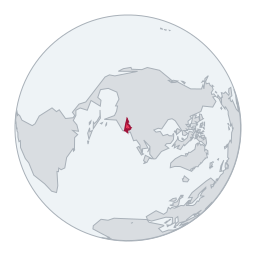 globe centered on Virginia, rotated 100°
{"feature_id": "USA-3552", "entity_name": "Virginia", "entity_type": "State", "adm_level": 1, "iso_a3": "USA", "parent_name": "United States of America", "parent_adm1": "", "projection": "orthographic", "projection_center": [-77.892, 37.995], "detail": "fine", "context": "on_globe", "style": "filled", "palette": "rose", "viewbox_px": 256, "rotation_deg": 100, "n_neighbors": 0, "source": "natural_earth", "source_scale": "10m", "svg_char_len": 11601}
<svg xmlns="http://www.w3.org/2000/svg" viewBox="0 0 256 256"><g transform="rotate(100 128 128)"><circle cx="128" cy="128" r="113" fill="#eef3f6" stroke="#a8b0b8"/><path d="M131.5,240.6L131.0,240.4L133.1,240.1L131.0,240.1L135.5,238.8L133.1,239.2L134.7,236.7L138.7,233.8L142.3,222.7L140.0,220.3L131.6,217.5L121.4,206.3L124.3,201.3L122.0,198.9L129.5,191.2L127.4,183.8L124.8,182.7L122.2,185.5L113.0,180.4L109.7,174.1L81.8,159.5L78.9,155.5L79.0,150.0L70.5,128.4L73.8,147.4L70.4,142.9L67.8,135.6L69.5,134.7L68.1,124.5L65.1,119.5L65.7,107.0L73.3,93.5L74.1,96.5L75.8,93.2L74.9,89.3L73.9,87.6L78.6,73.0L76.8,62.4L72.5,61.7L76.3,60.0L65.9,60.8L62.5,58.0L68.5,59.6L70.9,58.7L69.7,55.9L71.9,54.4L72.6,52.3L75.3,50.8L78.6,52.2L80.4,51.3L79.5,49.4L81.6,47.0L82.7,49.9L86.5,46.0L92.7,48.2L93.4,58.2L99.1,59.1L105.7,68.9L107.3,67.1L110.9,70.1L114.1,69.2L114.4,71.5L116.7,68.9L115.8,66.9L116.5,65.2L118.3,64.6L119.0,67.3L118.2,68.0L119.4,68.6L118.9,70.2L120.2,69.1L120.8,72.7L122.9,68.3L125.6,70.5L125.3,73.1L121.9,73.9L112.6,82.8L111.2,86.2L112.8,90.0L123.1,94.7L123.0,98.2L125.5,102.2L127.2,99.7L125.8,95.7L129.5,92.2L127.4,88.0L128.5,86.1L127.8,81.6L131.7,81.3L135.9,83.5L136.7,87.3L138.6,88.5L140.8,84.3L145.3,91.0L153.4,95.3L154.1,97.3L150.1,102.0L142.4,103.2L137.1,110.4L144.3,104.9L146.1,110.5L148.0,111.2L150.1,110.6L150.9,108.2L152.3,110.1L145.7,115.9L144.3,114.3L146.5,112.4L142.8,113.1L138.4,117.6L139.6,120.3L131.6,125.0L132.4,127.1L131.1,129.5L130.4,125.7L131.5,132.8L122.2,140.8L123.6,152.9L118.1,143.5L113.6,142.2L108.2,142.1L108.4,144.1L101.1,141.9L94.6,145.2L92.4,154.3L95.0,161.8L103.1,163.1L105.4,159.4L111.3,159.1L107.3,169.2L117.6,171.2L116.6,178.6L119.6,182.4L124.7,181.5L130.1,183.2L133.8,178.9L139.8,176.2L140.0,182.1L143.2,176.4L146.7,178.9L158.5,177.0L157.7,178.5L167.7,183.3L178.3,183.3L180.7,186.6L179.5,189.3L183.1,188.9L183.1,190.4L197.1,187.1L204.0,187.2L203.5,192.2L197.4,200.4L190.8,212.6L179.5,219.7L175.9,223.8L165.9,230.4L159.2,231.8L160.4,233.0L156.1,234.8L151.5,235.7L150.2,236.8L146.8,237.3L148.7,237.5L142.5,239.1L143.5,239.4L138.9,240.1L139.3,240.1L131.5,240.6ZM23.9,113.1L24.7,110.8L24.6,113.2L23.9,113.1ZM24.9,108.8L24.7,109.7L24.8,108.9L24.9,108.8ZM24.8,107.8L24.9,108.5L24.7,107.9L24.8,107.8ZM24.6,106.7L24.7,107.2L24.6,106.7ZM123.1,156.9L134.8,162.1L128.3,163.1L129.5,162.0L126.5,159.8L120.9,157.7L115.1,158.7L123.1,156.9ZM24.6,104.3L24.6,103.7L24.9,104.0L24.6,104.3ZM128.1,150.3L126.1,149.9L128.1,149.8L128.1,150.3ZM73.1,87.2L74.6,89.4L74.7,93.6L73.1,91.9L73.1,87.2ZM73.3,79.6L74.7,80.0L72.6,83.3L72.5,82.0L73.3,79.6ZM69.0,61.7L69.9,63.1L68.3,62.3L69.0,61.7ZM72.2,52.2L71.3,52.4L72.0,51.2L72.2,52.2ZM125.7,82.1L126.7,81.9L126.4,82.8L125.7,82.1ZM124.4,80.5L123.3,81.8L122.5,81.2L123.2,80.4L124.4,80.5ZM76.8,48.0L78.3,46.3L77.4,48.3L76.8,48.0ZM126.1,79.1L121.2,80.0L119.9,79.0L121.6,75.3L126.1,79.1ZM79.6,45.5L83.2,41.6L81.4,41.4L88.5,39.9L83.1,43.6L82.2,45.9L81.3,44.9L79.6,45.5ZM114.7,66.6L115.8,68.6L113.2,67.5L114.7,66.6ZM112.9,66.4L104.1,66.1L103.5,63.0L106.6,63.6L104.4,60.2L108.4,58.8L110.5,60.4L110.1,62.6L111.9,60.4L112.9,66.4ZM91.8,39.9L93.1,39.2L92.3,40.2L91.8,39.9ZM116.6,64.4L114.8,64.5L114.2,61.8L117.5,61.1L116.6,62.2L116.6,64.4ZM101.8,60.1L101.9,58.1L105.2,56.3L105.7,55.3L108.4,58.5L101.8,60.1ZM117.7,62.5L119.2,60.8L121.2,61.5L118.2,64.1L117.7,62.5ZM112.6,61.5L112.4,60.2L113.6,60.6L112.6,61.5ZM129.0,63.7L126.9,63.7L126.4,62.2L129.0,63.7ZM119.6,60.1L118.9,59.9L118.5,59.3L119.9,58.4L119.6,60.1ZM110.6,57.2L111.9,56.9L109.6,55.8L112.0,54.6L113.4,57.0L113.8,55.4L114.5,55.1L114.8,57.4L110.6,57.2ZM119.9,56.0L122.5,58.9L126.4,59.1L127.0,60.3L120.6,59.9L119.9,56.0ZM116.9,56.6L118.9,56.5L118.6,58.0L117.0,59.1L116.9,56.6ZM113.1,52.9L109.1,54.1L108.9,53.6L113.1,52.9ZM121.1,55.7L120.5,55.1L121.4,55.6L121.1,55.7ZM115.6,53.4L114.2,53.9L114.1,53.2L115.6,53.4ZM120.3,53.4L121.1,54.3L120.1,55.0L120.3,53.4ZM118.2,53.2L118.3,52.2L119.2,54.7L117.6,53.5L118.2,53.2ZM115.7,52.7L115.1,52.5L116.3,52.6L115.7,52.7ZM123.7,50.5L125.1,53.5L122.9,54.9L121.8,51.8L123.7,50.5ZM220.2,63.2L219.8,62.8L218.5,61.0L218.4,60.9L218.2,60.7L220.6,64.0L219.6,62.9L221.4,65.1L225.8,72.1L229.6,79.3L232.9,86.9L235.6,94.6L237.7,102.6L239.3,110.6L240.3,118.8L240.6,127.0L240.4,135.2L240.4,133.7L240.4,126.0L240.0,125.0L239.7,128.9L238.9,127.6L238.5,129.6L233.5,145.0L230.3,145.2L222.6,138.7L222.3,131.6L219.3,126.2L214.9,93.5L217.2,90.9L217.5,76.6L218.1,75.7L221.6,80.4L224.6,76.0L221.4,70.3L220.6,65.2L217.8,60.4L210.5,52.3L215.1,60.1L212.4,58.6L205.9,49.8L201.4,43.6L200.2,42.9L200.1,44.7L196.1,41.4L199.7,45.2L200.5,45.0L202.8,47.5L202.3,47.9L200.8,46.7L201.4,48.3L207.9,54.2L209.4,54.7L212.5,61.0L215.3,62.4L217.2,65.3L213.3,63.9L211.4,62.2L206.6,63.6L208.9,65.8L213.5,64.9L213.4,66.0L216.6,69.6L214.1,67.8L208.4,68.7L209.3,75.3L215.6,88.7L215.0,92.8L212.1,94.6L204.6,86.0L206.8,77.9L204.1,75.2L199.2,74.5L200.3,72.2L198.6,71.1L198.9,68.2L195.1,62.4L194.8,59.5L189.0,55.8L188.1,53.9L191.8,56.6L194.2,57.0L193.0,50.5L191.5,48.8L187.8,47.1L188.0,45.7L184.6,44.8L181.8,41.0L182.4,45.1L178.1,43.7L174.1,40.8L172.8,41.1L179.3,45.9L181.8,47.2L183.8,47.0L190.7,51.8L192.0,54.4L185.2,52.6L186.3,56.3L180.5,53.7L166.6,41.7L162.9,37.8L165.8,33.1L169.1,34.4L169.7,36.6L173.0,35.4L170.9,35.1L171.0,34.1L166.9,32.8L166.8,32.0L163.1,32.2L162.5,31.1L164.9,31.0L158.4,28.6L156.0,26.5L154.6,26.4L153.7,26.8L151.3,24.1L150.3,24.1L150.8,25.0L149.2,25.7L145.5,26.0L144.8,25.0L146.1,24.8L147.7,23.0L151.2,22.8L150.5,22.5L147.4,22.5L145.4,24.6L143.3,25.0L143.8,23.8L143.5,24.3L142.2,24.2L140.4,23.4L139.7,24.7L127.1,26.5L122.3,25.3L124.1,23.8L114.6,25.1L109.9,24.3L110.4,25.0L106.1,26.4L107.5,26.7L107.4,27.1L97.1,31.7L94.1,32.3L90.2,35.6L90.4,36.1L92.4,35.8L88.5,39.9L81.4,41.4L81.3,40.3L77.0,42.2L77.3,39.5L75.5,38.3L78.3,34.6L76.7,34.2L75.2,35.1L71.8,35.5L70.2,33.8L78.2,31.3L82.0,34.4L81.0,32.6L83.2,32.0L84.1,30.8L83.2,29.9L81.9,30.4L90.7,24.6L92.6,22.0L87.6,24.0L84.3,25.0L82.1,25.1L82.4,25.0L90.0,22.0L97.7,19.5L105.7,17.6L113.7,16.3L121.8,15.5L130.0,15.4L138.1,15.8L146.2,16.8L154.2,18.4L162.0,20.6L169.7,23.4L177.2,26.7L184.4,30.5L191.3,34.8L197.8,39.6L204.0,44.9L209.9,50.6L215.2,56.7L220.2,63.2ZM220.2,106.7L221.3,108.6L220.2,106.7ZM193.0,36.0L192.5,35.6L190.6,34.4L192.3,35.5L191.3,35.3L187.9,33.0L186.2,32.2L187.6,33.2L194.0,37.6L195.5,37.9L198.3,40.0L199.2,40.7L193.0,36.0ZM158.9,176.8L160.3,177.7L158.5,178.1L158.9,176.8ZM127.4,165.7L129.9,165.8L131.2,166.7L129.3,167.1L127.4,165.7ZM148.0,164.4L150.8,164.6L147.9,165.5L148.0,164.4ZM136.7,162.7L145.8,164.5L140.1,166.8L134.4,165.8L138.3,165.0L136.7,162.7ZM127.1,154.1L128.6,154.6L128.2,155.8L127.1,154.1ZM129.6,150.3L129.0,150.4L128.2,149.4L129.6,150.3ZM146.5,110.2L147.0,109.8L149.2,109.6L148.3,110.7L146.5,110.2ZM158.5,103.4L160.5,106.6L158.4,105.0L157.5,107.0L151.9,106.2L154.2,98.3L154.2,101.9L158.5,103.4ZM145.2,103.4L148.4,104.5L144.8,103.6L145.2,103.4ZM188.6,68.5L190.2,68.0L192.2,69.9L192.5,74.3L189.7,71.5L188.6,68.5ZM192.0,66.8L185.1,64.2L184.6,61.6L186.0,63.5L186.4,62.0L188.8,64.6L195.1,64.9L197.2,66.8L196.7,73.5L195.7,70.2L194.2,70.8L192.0,66.8ZM168.4,64.6L165.4,64.2L168.2,59.0L170.7,60.1L171.2,64.4L168.6,65.6L168.4,64.6ZM130.0,72.6L128.7,73.2L128.5,72.4L129.5,71.2L130.0,72.6ZM128.0,63.8L135.6,69.2L134.5,70.1L140.2,72.6L139.5,76.0L135.8,74.2L139.5,78.9L135.9,78.7L138.8,81.6L130.6,77.4L127.4,77.6L131.2,76.0L132.0,72.8L131.4,71.5L127.3,68.0L120.9,67.2L120.7,64.1L122.2,62.2L123.7,61.9L123.4,63.9L125.6,62.1L126.3,64.9L128.0,63.8ZM140.0,44.7L139.0,46.6L143.5,44.6L144.3,46.8L144.7,46.5L146.7,48.1L149.8,49.5L149.7,50.6L151.0,50.6L152.3,51.8L154.0,52.3L154.3,54.6L156.4,55.5L155.3,56.1L159.0,57.0L156.4,57.3L157.8,59.1L159.6,57.9L156.9,69.9L157.7,75.2L159.8,79.5L155.1,79.8L150.1,76.1L145.7,70.7L145.6,65.8L143.5,67.0L142.8,65.0L144.7,64.9L141.3,64.0L141.3,62.4L137.3,58.4L132.4,58.3L130.9,57.0L132.8,56.2L129.9,55.5L132.4,53.2L131.3,52.3L132.7,49.2L137.0,48.6L135.5,47.6L136.5,45.4L140.0,44.7ZM124.2,49.6L129.2,48.0L132.0,48.5L128.4,53.6L129.0,54.8L126.7,58.4L122.7,57.6L123.7,56.6L123.8,55.5L125.0,56.2L124.0,54.8L125.4,53.5L125.0,52.1L126.7,51.9L124.2,49.6ZM216.6,72.8L216.7,71.7L216.3,69.8L218.3,72.1L216.6,72.8ZM212.9,73.4L212.6,72.2L215.2,74.2L215.1,75.4L212.9,73.4ZM210.3,69.9L212.4,71.9L211.2,71.5L210.3,69.9ZM191.3,55.4L190.8,54.1L191.6,54.4L192.9,55.5L191.3,55.4ZM153.6,40.2L152.6,40.9L151.9,40.6L148.2,41.0L147.4,39.5L149.3,38.7L153.6,40.2ZM212.6,54.7L214.7,57.3L213.8,56.5L212.6,54.7ZM217.6,64.9L217.5,63.3L218.1,65.5L217.6,64.9ZM152.1,38.6L150.7,39.0L151.1,38.0L152.1,38.6ZM146.6,38.5L146.8,37.4L146.9,39.4L146.6,38.5ZM143.0,28.1L149.0,29.0L152.8,29.0L154.1,27.9L154.9,30.0L149.0,29.9L143.0,28.1ZM129.1,26.7L128.0,27.9L126.7,27.4L126.8,27.0L129.1,26.7ZM129.7,27.5L131.6,29.1L129.8,29.8L128.7,28.3L129.7,27.5ZM142.1,33.3L143.9,33.6L143.5,34.3L142.1,33.3ZM77.2,27.5L77.4,27.4L72.9,29.8L71.6,30.5L71.8,30.4L77.2,27.5ZM76.4,28.0L78.6,26.8L85.1,24.9L85.3,25.2L78.0,27.5L79.8,26.6L79.0,26.8L76.4,28.0ZM92.5,38.8L93.1,39.2L91.8,39.4L92.5,38.8ZM108.3,27.3L107.9,28.0L106.4,28.0L108.3,27.3ZM106.1,30.0L108.0,29.4L106.2,30.4L106.1,30.0ZM112.2,28.2L108.9,29.4L111.6,27.7L112.2,28.2Z" fill="#d9dde1" stroke="#a8b0b8" stroke-width="1"/><path d="M131.0,130.8L130.9,130.7L130.9,130.8L124.5,130.8L123.6,130.8L122.7,130.7L122.1,130.6L121.7,130.6L118.9,130.5L119.0,130.4L119.3,130.3L119.6,130.2L119.8,130.2L120.0,130.0L120.2,129.9L120.4,129.7L120.5,129.6L121.0,129.2L121.7,128.8L121.7,129.0L121.8,129.2L121.9,129.3L122.0,129.3L122.3,129.4L122.5,129.3L122.6,129.2L122.7,129.3L122.8,129.3L123.1,129.3L123.3,129.2L123.5,129.1L123.9,129.0L124.0,129.0L124.3,128.9L124.2,128.8L124.4,128.7L124.4,128.3L124.7,128.0L124.8,127.8L124.9,127.6L125.1,127.4L125.2,127.2L125.3,126.9L125.5,126.9L125.5,127.0L125.9,127.1L126.0,126.9L126.1,126.7L126.3,126.3L126.5,126.4L126.7,126.2L126.8,126.2L127.0,126.0L127.0,125.9L127.2,125.7L127.3,125.4L127.3,125.2L128.1,125.7L128.2,125.4L128.5,125.4L128.6,125.5L128.6,125.8L128.9,125.9L129.0,126.0L129.3,126.2L129.3,126.3L129.3,126.6L129.2,126.6L129.1,126.8L129.0,126.7L129.0,126.8L128.9,126.9L128.9,127.1L128.9,127.3L129.0,127.3L129.3,127.2L129.4,127.3L129.4,127.5L129.5,127.6L129.8,127.7L130.0,127.7L130.0,127.8L130.2,128.0L130.6,128.2L130.6,128.3L130.4,128.2L130.4,128.3L130.5,128.4L130.5,128.5L130.4,128.5L130.5,128.5L130.4,128.6L130.5,128.7L130.4,128.7L130.2,128.5L130.0,128.3L129.9,128.4L129.7,128.1L129.5,127.8L129.4,127.8L129.3,127.7L129.2,127.6L129.3,127.7L129.3,127.8L129.5,127.9L129.5,128.0L129.8,128.3L129.9,128.5L130.0,128.5L130.3,128.7L130.3,128.8L130.5,128.8L130.3,128.9L130.5,129.0L130.5,128.9L130.5,129.0L130.6,129.3L130.5,129.2L130.4,129.2L130.3,129.3L130.2,129.5L130.1,129.3L130.0,129.1L129.9,129.1L129.7,128.9L129.7,129.0L129.8,129.0L130.0,129.4L130.2,129.5L130.4,129.5L130.5,129.6L130.4,129.7L130.5,129.7L130.5,129.8L130.4,129.9L130.3,130.0L130.3,129.9L130.1,129.8L130.0,129.7L129.9,129.5L129.6,129.4L129.5,129.5L129.4,129.3L129.2,129.3L129.3,129.4L129.4,129.5L129.6,129.5L129.8,129.6L129.9,129.8L130.1,129.9L130.2,130.0L130.3,130.1L130.5,130.2L130.8,130.1L131.0,130.1L131.0,130.3L131.2,130.8L131.2,130.7L131.0,130.8L131.0,130.8ZM131.9,127.9L131.8,128.0L131.7,128.3L131.3,129.0L131.2,129.0L131.3,129.1L131.2,129.2L131.1,129.4L131.1,129.7L130.9,129.4L131.0,129.3L130.9,129.3L131.0,129.2L131.0,128.9L131.1,128.7L131.3,128.5L131.2,128.5L131.3,128.4L131.5,128.3L131.4,128.2L131.5,128.0L131.9,127.9ZM131.1,129.7L131.1,129.4L131.2,129.5L131.3,129.5L131.1,129.7L131.1,129.7ZM132.1,127.9L132.0,128.1L131.9,128.2L132.0,128.1L132.0,127.9L132.1,127.9ZM131.5,128.8L131.5,129.0L131.5,128.8ZM131.5,129.0L131.4,129.2L131.5,129.0L131.5,129.0Z" fill="#f43f5e" stroke="#9f1239" stroke-width="1.5"/></g></svg>